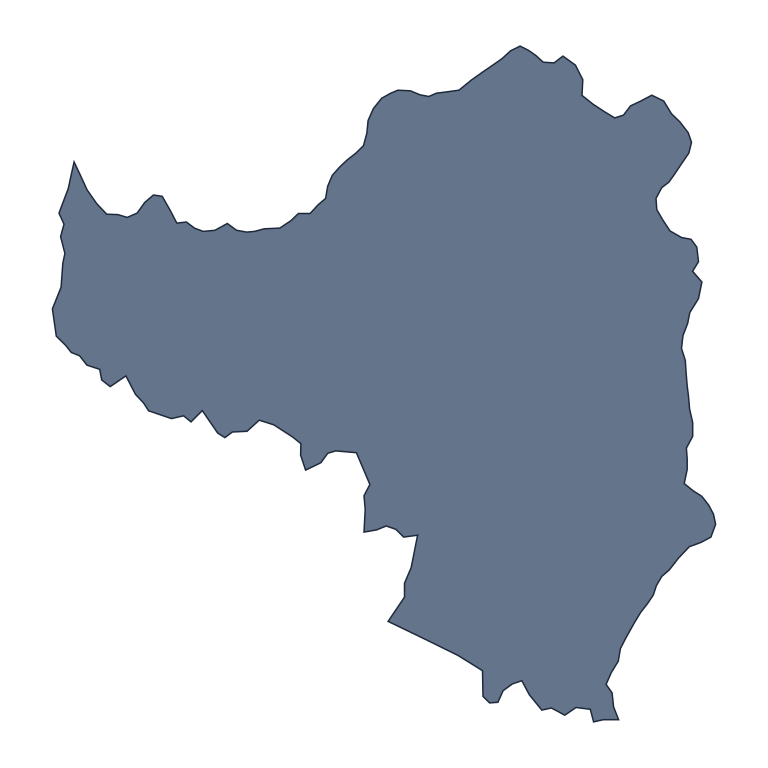 Monte Sião, Minas Gerais, Brazil
{"feature_id": "56859067B91379037396380", "entity_name": "Monte Sião", "entity_type": "district", "adm_level": 2, "iso_a3": "BRA", "parent_name": "Brazil", "parent_adm1": "Minas Gerais", "projection": "equal_earth", "projection_center": [-46.525, -22.428], "detail": "fine", "context": "isolated", "style": "filled", "palette": "slate", "viewbox_px": 768, "rotation_deg": 0, "n_neighbors": 0, "source": "geoboundaries", "source_scale": "gbopen_adm2", "svg_char_len": 2477}
<svg xmlns="http://www.w3.org/2000/svg" viewBox="0 0 768 768"><path d="M701.9,282.0L692.6,271.3L698.5,261.7L696.8,247.1L691.0,239.3L681.5,237.5L670.1,231.0L662.7,219.8L656.8,209.6L656.0,198.4L661.7,187.7L668.9,182.1L674.4,174.4L681.1,164.4L688.9,153.0L691.5,142.3L688.2,132.7L679.8,121.8L671.5,113.8L663.8,101.1L651.8,95.2L640.6,101.1L630.5,105.9L623.5,115.1L614.7,117.9L604.3,111.6L593.3,104.4L582.0,95.4L582.8,79.7L575.4,65.1L562.9,56.1L554.1,62.9L543.2,62.2L536.1,55.7L528.6,50.4L520.1,46.1L510.7,50.7L502.2,58.5L494.4,64.0L483.0,71.8L471.3,80.1L458.9,90.2L445.1,92.1L436.3,93.2L428.8,96.5L420.0,94.8L410.4,90.8L397.9,90.2L390.7,93.2L381.6,98.3L373.3,108.7L368.1,120.5L366.9,133.0L363.5,145.6L356.0,153.0L346.9,160.2L339.7,167.0L332.3,175.3L327.7,186.2L325.6,198.4L317.9,205.0L310.1,213.5L298.4,213.5L290.9,220.7L279.7,228.1L264.2,228.8L254.5,231.4L246.7,232.1L236.6,230.3L227.3,223.5L214.9,230.3L203.2,231.4L194.4,228.1L186.4,222.0L176.8,223.1L170.5,210.9L162.2,196.3L153.4,195.0L144.8,202.4L137.1,213.1L127.2,217.4L117.9,214.6L106.7,214.2L96.6,203.5L87.1,189.9L80.0,174.4L74.1,162.0L71.2,174.9L68.3,188.4L59.0,213.1L64.0,224.2L60.6,236.6L64.9,253.4L62.8,263.5L61.1,287.1L52.4,308.9L56.3,336.2L65.4,345.1L71.3,352.5L79.6,355.8L87.0,365.2L99.7,369.3L101.7,380.0L110.2,386.6L125.9,375.9L135.5,394.4L143.5,402.9L148.6,410.8L162.7,415.6L171.5,418.6L183.6,415.8L191.0,421.9L202.3,410.6L217.7,433.1L224.9,437.6L232.4,432.0L247.0,431.3L259.2,420.2L273.7,424.8L284.1,431.5L292.6,437.0L300.9,443.7L300.6,455.1L305.6,470.1L320.9,462.7L327.7,453.3L335.7,450.9L356.4,452.7L369.9,484.5L364.0,495.7L365.2,509.2L364.0,532.1L376.6,529.9L386.2,526.0L395.8,529.3L403.7,537.1L417.6,535.2L411.2,567.5L404.5,583.2L404.5,597.1L388.1,621.4L425.0,639.2L457.9,655.4L482.5,670.7L483.0,696.4L489.6,702.9L497.9,702.3L503.1,690.7L512.2,684.0L521.8,680.7L529.3,694.7L541.8,710.1L551.4,708.0L564.8,715.2L576.0,707.5L590.3,709.3L593.6,721.9L603.3,719.7L618.6,719.7L613.6,706.9L612.1,692.9L606.1,684.4L611.2,672.8L618.3,661.1L620.4,648.6L625.8,638.1L634.3,622.9L640.8,612.2L647.6,603.5L653.3,595.0L656.4,585.6L661.8,576.4L669.3,569.9L678.5,558.1L689.3,546.7L701.0,542.4L710.9,537.1L715.6,524.3L713.5,514.2L708.8,505.3L701.8,496.3L693.0,490.7L684.2,483.5L687.2,469.5L687.2,459.0L686.4,448.1L692.7,436.3L692.7,422.6L689.6,409.0L688.5,396.2L687.2,385.9L686.1,372.6L685.3,360.4L681.5,348.4L683.0,335.5L687.7,323.3L689.8,312.6L698.5,298.6L701.9,282.0Z" fill="#64748b" stroke="#1e293b" stroke-width="1.5"/></svg>